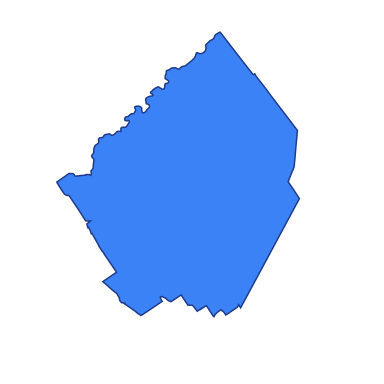 outline of West Torrens, South Australia, Australia, rotated 330°
{"feature_id": "25037944B76769094445269", "entity_name": "West Torrens", "entity_type": "district", "adm_level": 2, "iso_a3": "AUS", "parent_name": "Australia", "parent_adm1": "South Australia", "projection": "albers", "projection_center": [138.535, -34.943], "detail": "fine", "context": "isolated", "style": "filled", "palette": "blue", "viewbox_px": 384, "rotation_deg": 330, "n_neighbors": 0, "source": "geoboundaries", "source_scale": "gbopen_adm2", "svg_char_len": 5775}
<svg xmlns="http://www.w3.org/2000/svg" viewBox="0 0 384 384"><g transform="rotate(330 192 192)"><path d="M296.2,67.5L294.9,67.4L294.0,67.5L292.2,67.5L291.6,67.5L291.1,67.6L290.6,67.7L290.0,67.9L288.3,69.4L287.6,69.9L287.5,70.0L287.3,69.9L287.2,70.0L286.8,70.1L285.8,70.2L285.3,70.2L284.6,70.0L283.9,70.0L283.0,70.0L281.3,70.5L277.9,71.3L277.3,71.7L276.4,73.8L275.3,75.5L274.9,75.9L273.8,76.5L272.0,77.0L271.5,77.1L271.0,77.1L270.3,76.9L269.1,76.7L268.9,76.6L268.2,76.2L267.5,75.6L266.2,74.0L265.9,73.8L265.7,73.8L264.9,74.1L263.6,75.4L262.7,76.2L261.5,76.9L260.5,77.3L258.2,77.9L257.5,78.2L255.6,78.3L254.7,78.6L252.2,78.9L251.6,79.1L250.9,79.1L249.6,79.4L249.0,79.4L248.6,79.3L246.9,78.7L246.5,78.5L245.8,78.4L244.5,78.5L242.8,79.0L242.0,79.0L241.7,78.8L241.5,78.5L241.4,78.3L240.5,77.3L240.4,76.9L239.9,76.3L239.2,75.7L238.4,75.3L237.9,75.2L237.1,74.8L236.5,74.5L236.0,74.5L234.1,74.7L233.2,74.7L232.2,74.5L231.1,74.2L230.6,74.2L230.3,74.3L230.1,74.5L229.9,75.1L229.7,75.4L229.4,75.8L228.9,76.3L228.4,76.8L227.5,77.5L227.0,77.9L226.8,78.3L225.8,79.8L225.5,80.3L225.5,80.7L225.7,81.0L226.1,81.4L226.3,82.0L226.6,82.4L227.0,83.3L227.1,84.2L227.0,84.8L226.9,85.0L226.5,85.3L225.9,85.6L225.1,85.6L224.1,85.0L222.8,85.0L222.5,85.2L222.1,85.6L221.5,86.4L220.9,87.3L220.4,87.9L219.9,88.5L219.7,88.6L218.5,88.6L218.0,88.4L217.8,88.2L217.2,87.3L216.9,86.6L216.5,86.2L216.0,85.0L215.8,84.8L215.7,84.4L215.5,84.2L215.0,84.0L214.4,83.9L212.8,83.8L210.4,83.9L209.6,83.9L209.3,84.0L209.1,84.3L207.6,84.6L206.9,84.5L206.6,84.6L206.4,84.7L205.9,85.1L205.7,85.4L205.7,85.8L205.9,86.5L206.4,86.9L206.7,87.4L206.7,88.4L206.6,88.8L206.2,88.9L205.3,88.8L204.7,88.5L203.6,88.2L203.1,88.0L202.7,87.8L202.2,87.8L201.3,87.7L199.5,87.8L199.0,88.0L198.5,88.2L198.2,88.6L197.9,89.0L197.7,89.6L197.5,90.4L197.5,90.9L196.7,92.0L196.6,92.6L196.7,93.0L197.3,93.5L197.8,93.9L198.0,94.3L198.3,94.9L198.3,95.7L198.1,96.2L197.8,96.8L197.4,97.3L196.6,97.6L194.3,98.1L193.1,98.7L192.4,99.0L191.2,99.4L190.3,99.4L189.6,99.2L189.2,98.9L188.8,98.5L188.7,98.1L189.0,97.1L189.5,95.8L190.0,95.0L190.2,94.5L190.4,93.9L190.3,93.4L190.2,92.8L189.3,91.5L188.9,91.1L188.2,90.6L186.8,90.0L186.4,89.8L185.6,89.7L185.3,89.7L184.9,89.8L184.6,90.0L184.4,90.3L184.4,90.6L184.4,91.2L184.4,92.3L184.2,92.7L183.9,93.1L183.1,93.8L181.5,94.6L181.0,94.9L180.7,95.0L180.1,94.9L179.8,94.8L179.5,94.4L179.1,94.0L178.6,94.0L178.0,93.9L177.4,94.0L176.5,94.2L175.2,94.5L174.9,94.6L174.5,94.7L174.0,94.6L173.0,94.1L172.4,94.0L172.0,93.9L171.6,94.0L171.3,94.2L170.4,94.9L169.9,95.7L169.8,96.1L169.8,96.4L169.9,96.8L170.3,97.1L171.1,97.8L171.4,98.0L172.4,97.9L172.6,98.1L173.0,98.6L173.1,98.8L173.1,99.2L172.9,99.5L172.7,99.9L171.5,100.8L170.9,101.2L169.7,101.6L168.7,102.2L167.8,102.6L166.8,102.6L166.2,102.4L165.8,102.2L164.2,101.1L163.7,100.9L162.7,101.1L162.3,101.3L161.7,102.1L161.2,103.4L160.9,103.8L160.7,103.9L160.4,103.9L158.4,102.5L158.0,102.3L157.5,102.3L156.3,102.4L154.2,103.1L153.6,103.2L152.1,103.2L151.6,103.1L151.1,102.9L150.7,102.5L150.3,101.9L150.0,100.9L149.7,100.5L149.3,100.3L148.8,100.1L148.2,99.9L145.9,99.0L145.3,98.9L144.9,98.9L144.4,99.0L143.9,99.2L142.7,99.8L142.4,99.9L142.0,100.0L141.3,99.9L140.8,99.7L139.9,99.2L139.4,99.0L139.0,99.0L138.7,99.0L138.2,99.1L137.5,99.5L137.2,100.0L136.7,101.3L136.1,102.2L135.7,102.6L134.9,103.0L134.4,103.1L133.9,103.1L132.2,103.2L131.7,103.2L131.2,103.4L130.6,103.8L129.6,104.6L128.5,105.7L127.7,106.9L127.1,108.0L126.7,108.6L125.9,109.3L125.3,109.5L124.3,109.8L123.6,110.2L123.2,110.5L123.0,111.0L122.9,111.5L122.9,112.1L123.4,114.5L123.2,115.0L122.4,116.0L122.0,116.7L121.5,117.3L121.3,117.6L120.6,118.6L120.1,119.0L120.0,119.3L119.7,119.7L119.1,120.6L118.8,121.3L118.2,121.8L118.0,122.0L117.0,122.6L116.6,122.8L115.9,122.9L115.3,123.1L115.1,123.3L114.9,123.7L114.5,124.4L114.5,124.7L114.0,125.8L113.8,126.1L112.8,127.0L112.5,126.3L112.0,125.8L111.3,125.3L109.5,124.2L108.5,123.9L107.4,123.8L106.9,123.6L106.1,123.2L105.2,122.8L103.6,122.0L102.0,121.4L99.9,120.4L98.9,120.0L98.6,119.5L98.5,119.3L98.6,118.9L98.7,117.9L98.3,116.9L97.9,116.4L94.8,114.5L79.9,115.8L80.0,117.3L79.8,117.3L79.9,119.9L79.9,120.5L80.0,123.6L80.2,127.3L80.6,130.3L81.2,131.4L82.1,132.6L83.7,133.4L85.0,152.6L85.3,160.5L85.5,163.8L88.6,165.9L89.5,166.3L85.1,167.0L84.6,168.1L84.0,170.9L84.7,170.9L84.6,174.4L83.9,177.8L84.7,177.9L84.5,192.5L84.3,192.5L84.6,198.7L84.9,198.7L85.1,202.0L84.9,202.0L85.9,214.4L86.5,223.7L69.9,225.0L71.1,228.2L71.8,230.4L73.1,234.3L73.4,235.3L74.7,238.8L74.9,239.4L75.7,241.3L76.1,242.8L76.1,245.3L76.0,247.2L75.9,247.8L75.6,248.4L75.4,249.3L75.3,249.9L75.3,251.0L75.4,251.5L75.5,252.1L75.8,252.8L76.4,253.1L76.6,253.3L76.9,253.8L77.1,254.0L78.0,254.4L78.2,254.6L77.8,254.8L77.7,254.9L77.6,255.0L77.7,255.3L78.4,256.6L79.0,258.0L79.4,259.0L80.4,260.7L81.8,263.9L83.4,267.2L83.6,267.9L83.7,268.6L83.8,268.9L84.2,269.6L84.5,270.5L85.1,271.4L85.2,271.6L85.9,273.3L86.9,273.5L97.2,272.8L97.8,272.8L103.1,272.4L111.5,271.8L111.4,269.8L111.8,267.2L113.9,267.5L114.0,267.8L114.4,268.5L115.8,270.4L116.1,271.1L117.1,274.0L117.4,274.5L119.0,276.5L131.1,275.7L131.9,288.1L135.4,290.0L136.0,291.0L136.9,297.9L142.0,297.6L141.7,297.9L147.5,297.5L147.8,300.6L148.3,309.9L148.7,311.0L149.6,310.4L150.8,309.7L152.0,309.3L153.3,309.0L154.7,308.7L158.4,308.5L158.6,310.1L159.1,310.7L159.4,311.4L159.5,312.1L159.8,315.4L162.6,315.3L173.2,314.5L174.5,314.0L176.0,312.9L176.2,316.6L233.7,281.1L281.7,251.4L281.4,245.5L280.4,231.2L287.7,225.4L292.8,221.5L293.2,221.0L294.0,219.9L296.3,216.7L297.8,214.6L299.6,212.0L300.9,210.1L309.3,198.1L311.1,195.7L312.1,194.1L314.1,191.5L312.3,177.7L309.1,152.6L308.2,145.6L307.8,141.3L305.5,124.6L305.4,123.5L305.4,121.9L305.5,121.0L303.6,120.9L301.8,107.8L301.4,105.3L296.4,68.3L296.2,67.5Z" fill="#3b82f6" stroke="#1e3a8a" stroke-width="1.5"/></g></svg>